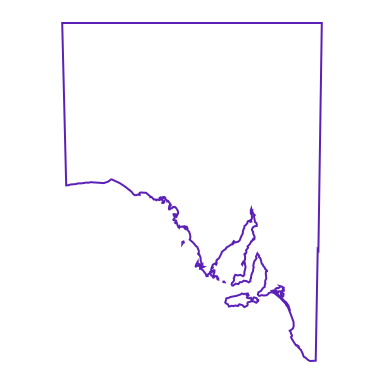 an SVG outline of South Australia
{"feature_id": "AUS-2655", "entity_name": "South Australia", "entity_type": "State", "adm_level": 1, "iso_a3": "AUS", "parent_name": "Australia", "parent_adm1": "", "projection": "equal_earth", "projection_center": [136.572, -32.035], "detail": "fine", "context": "isolated", "style": "outline", "palette": "violet", "viewbox_px": 384, "rotation_deg": 0, "n_neighbors": 0, "source": "natural_earth", "source_scale": "10m", "svg_char_len": 6121}
<svg xmlns="http://www.w3.org/2000/svg" viewBox="0 0 384 384"><path d="M176.1,208.0L174.7,206.8L173.7,207.3L173.0,207.0L171.8,208.3L170.6,208.2L169.9,209.3L169.1,209.4L168.9,209.0L169.2,206.2L169.7,205.3L170.0,206.0L170.4,205.9L170.9,205.0L168.2,201.0L167.2,201.5L166.8,200.2L165.4,199.5L165.4,198.7L164.7,198.2L165.1,197.6L164.4,197.0L163.1,197.0L162.6,199.0L161.2,198.2L160.8,197.3L159.6,197.9L159.6,198.5L160.7,199.0L161.2,199.7L160.0,199.5L159.5,200.1L157.2,199.5L156.5,200.3L154.9,199.3L153.9,199.6L151.5,196.9L150.3,197.2L150.0,196.2L146.0,192.8L140.5,192.5L139.7,192.9L139.2,193.7L139.8,194.9L139.6,195.0L138.0,194.5L136.5,195.1L134.6,195.1L133.1,193.9L131.3,191.5L124.9,186.5L119.7,183.1L112.0,179.5L111.1,179.4L108.2,181.6L103.9,183.1L90.5,182.2L88.9,182.7L86.0,182.6L82.0,183.3L77.5,183.5L75.7,184.1L70.4,184.5L69.1,185.1L66.2,185.4L62.2,23.0L321.8,23.0L318.4,250.4L317.7,249.5L315.7,360.7L310.0,361.0L308.2,360.1L305.3,357.5L304.1,357.0L303.4,356.0L302.9,354.2L301.0,350.1L298.4,347.5L298.9,347.2L298.5,346.1L296.9,345.2L296.6,345.7L295.9,345.3L292.1,339.4L291.0,337.0L291.8,336.2L292.0,335.5L291.0,333.6L290.8,332.2L289.7,330.8L292.6,328.8L293.2,327.9L293.7,325.8L293.5,321.8L291.0,315.0L287.8,306.9L286.7,305.9L285.6,303.7L280.3,298.0L274.5,293.3L275.4,293.0L276.3,293.5L285.4,302.9L287.8,306.2L289.9,311.1L289.8,309.9L288.4,305.5L286.0,302.1L284.8,301.4L280.1,296.4L277.1,294.1L277.1,293.2L277.8,293.3L278.0,292.2L279.1,291.2L279.5,291.3L281.1,292.5L280.9,294.4L281.5,294.9L280.9,296.0L281.0,296.4L282.4,296.7L283.2,296.3L283.6,293.8L280.8,291.4L282.2,290.7L283.7,290.9L284.0,290.2L283.5,289.3L283.8,287.8L283.6,287.6L282.8,288.4L282.5,287.3L281.9,286.6L280.0,286.1L280.4,286.5L280.1,286.9L278.4,288.2L276.9,288.0L275.5,288.8L275.4,290.2L276.9,291.1L276.9,291.7L274.6,291.2L273.8,290.4L272.0,290.8L272.7,291.4L274.4,291.5L275.1,292.2L275.8,292.0L276.2,292.3L276.1,292.5L273.5,292.9L272.4,292.3L271.0,292.3L268.8,293.0L268.1,294.2L266.5,295.2L264.6,295.5L261.3,295.2L259.7,295.9L258.8,295.6L257.8,294.5L258.4,292.3L260.9,291.0L263.0,288.0L264.7,286.9L264.8,284.6L265.4,283.7L265.1,282.6L265.3,280.5L266.3,278.5L265.8,274.0L265.9,271.7L266.1,271.2L266.8,271.4L267.1,272.0L267.1,271.5L266.8,270.3L265.0,268.8L264.7,267.5L263.4,266.2L262.6,264.3L261.8,263.8L260.5,258.7L260.0,257.8L259.0,257.1L259.1,255.7L257.4,253.4L256.0,256.6L256.5,258.4L254.3,261.3L253.5,264.4L253.3,266.2L253.8,267.1L253.2,269.0L253.0,271.3L251.8,273.6L251.0,276.8L251.0,278.4L250.4,279.1L250.4,281.1L248.8,282.4L246.5,281.1L243.7,280.7L241.8,282.2L239.8,282.2L238.4,284.1L235.7,283.7L233.1,285.6L232.3,285.6L231.6,284.5L231.9,283.1L233.4,281.6L234.1,280.1L233.7,278.3L234.4,277.4L234.3,276.5L235.3,274.8L237.8,275.4L240.4,274.9L243.0,276.2L244.2,275.2L244.4,272.0L245.6,266.9L244.9,264.4L244.9,262.8L244.5,262.3L243.5,262.9L245.0,259.7L245.1,256.5L244.4,254.2L244.7,253.7L245.5,254.0L246.4,252.3L246.4,251.2L246.0,250.3L248.1,247.7L247.5,246.5L249.9,244.0L251.2,241.4L251.7,241.5L253.3,238.7L253.9,238.4L253.9,239.5L254.4,239.2L254.6,236.8L253.0,233.1L253.2,232.1L252.1,230.3L251.9,229.3L252.9,227.4L254.9,226.1L256.7,226.0L256.8,224.4L256.2,222.8L255.1,222.2L253.9,216.2L253.9,215.8L254.7,215.2L253.6,214.0L252.8,213.7L252.8,212.3L251.9,210.8L252.3,210.0L251.5,209.6L251.3,208.7L250.8,210.2L250.8,213.5L251.7,214.5L252.0,217.8L251.4,219.6L250.8,219.8L251.3,221.6L250.4,221.9L249.1,220.8L248.2,221.0L247.5,221.9L247.4,223.1L245.7,225.1L244.5,226.0L244.1,228.3L243.1,230.3L242.7,233.6L241.4,236.0L239.7,240.3L238.2,241.7L235.4,242.4L233.8,241.1L232.5,243.1L232.6,243.5L234.2,243.0L232.4,244.4L230.9,244.6L228.9,246.2L226.8,247.2L226.3,247.7L226.2,248.5L221.8,251.9L221.5,253.3L218.9,258.4L217.0,259.7L216.5,260.5L216.7,260.9L216.4,261.4L216.7,263.2L216.2,264.7L215.9,264.6L215.5,263.2L212.8,264.7L212.4,266.2L212.9,267.5L212.7,267.9L211.8,267.3L211.4,268.4L211.2,269.5L211.8,270.5L211.7,271.1L210.8,271.1L210.0,272.1L210.4,272.6L211.4,272.5L213.0,271.1L213.8,271.4L213.9,270.3L214.5,270.4L214.4,272.5L213.5,274.1L214.4,276.9L213.4,277.7L213.0,277.4L212.6,276.2L211.3,275.5L210.4,274.0L209.6,273.6L208.8,273.7L208.0,274.5L207.6,275.2L207.7,276.1L206.5,276.2L205.9,274.2L202.8,270.1L200.8,268.8L200.0,268.8L200.4,267.5L199.3,266.3L198.1,265.5L195.8,266.6L195.6,266.3L196.5,263.8L197.7,261.8L197.7,263.5L200.1,264.5L199.7,264.8L199.7,265.4L200.6,266.1L200.4,266.6L201.0,267.2L201.8,267.7L203.8,266.8L202.4,266.5L202.4,265.0L201.7,265.9L201.4,265.6L201.1,264.0L201.4,263.8L201.5,262.9L200.8,261.2L200.5,257.5L199.5,254.9L198.8,254.8L198.1,253.7L198.9,253.1L198.7,250.4L197.2,246.9L196.1,246.2L193.3,242.8L189.8,239.7L190.1,239.4L190.0,238.9L190.4,237.2L190.2,235.4L189.2,231.9L186.3,228.6L187.4,228.4L186.9,226.9L184.3,226.2L184.2,227.0L185.3,227.3L186.0,228.4L185.3,229.0L184.5,227.7L182.1,226.5L180.0,227.0L179.6,226.4L179.1,227.8L178.0,226.6L177.0,223.4L175.7,223.3L175.2,222.9L176.5,222.1L176.1,220.6L175.5,220.4L175.2,220.8L173.5,220.1L173.3,219.6L174.6,218.2L174.8,217.5L173.5,214.6L173.6,214.1L176.6,214.4L176.1,215.7L176.2,216.4L176.5,216.7L178.2,213.1L177.7,210.6L176.1,208.0ZM258.2,299.9L258.1,301.2L257.3,301.5L256.5,302.7L255.6,302.5L254.1,301.5L251.8,301.2L247.8,302.4L247.4,303.4L247.7,304.6L247.3,305.6L244.3,307.1L242.5,305.2L239.5,304.3L238.7,304.7L238.4,305.8L237.7,306.0L235.3,305.5L233.2,306.2L232.0,305.7L229.0,306.6L227.8,304.2L226.4,303.7L225.2,302.5L226.2,299.3L226.2,298.6L226.5,298.3L228.5,297.9L230.8,296.9L236.4,295.9L240.7,294.4L241.8,293.5L244.1,294.2L244.6,293.9L247.8,293.5L248.0,294.1L247.2,294.4L246.9,295.2L248.3,295.6L246.9,297.4L247.3,297.9L249.0,298.3L250.9,297.8L251.3,299.6L251.6,299.7L252.9,299.2L253.6,297.5L254.2,297.4L256.9,298.4L257.2,299.7L258.2,299.9ZM216.8,276.1L218.3,278.4L218.3,279.6L217.5,279.3L217.1,277.5L215.9,276.1L216.8,276.1ZM162.8,203.1L162.2,202.9L162.3,202.4L163.0,201.4L165.0,200.8L163.9,201.4L164.2,202.0L163.7,202.8L162.8,203.1ZM183.5,241.5L183.8,242.5L183.0,242.8L182.3,243.9L182.4,241.9L183.5,241.5ZM242.6,262.9L242.7,263.7L242.3,264.7L241.9,264.1L242.6,262.9ZM223.4,281.6L224.0,281.5L224.5,282.2L223.4,282.1L223.4,281.6Z" fill="none" stroke="#5b21b6" stroke-width="2"/></svg>